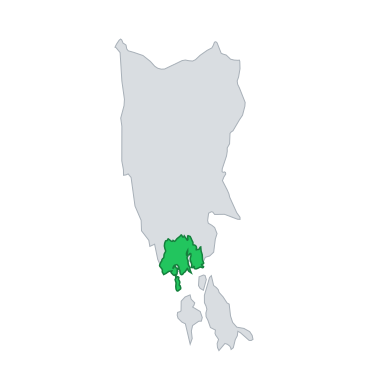 Lääne highlighted on a map of Estonia, rotated 262°
{"feature_id": "EST-1661", "entity_name": "Lääne", "entity_type": "County", "adm_level": 1, "iso_a3": "EST", "parent_name": "Estonia", "parent_adm1": "", "projection": "equal_earth", "projection_center": [23.689, 58.901], "detail": "fine", "context": "in_parent", "style": "filled", "palette": "green", "viewbox_px": 384, "rotation_deg": 262, "n_neighbors": 0, "source": "natural_earth", "source_scale": "10m", "svg_char_len": 5404}
<svg xmlns="http://www.w3.org/2000/svg" viewBox="0 0 384 384"><g transform="rotate(262 192 192)"><path d="M316.0,257.3L314.6,257.5L307.4,256.7L299.3,254.1L295.7,252.2L292.3,252.2L288.2,253.5L273.3,257.1L269.6,256.3L261.0,252.7L256.6,248.8L246.9,241.1L246.1,239.3L244.8,237.8L234.5,235.9L230.7,233.0L227.5,232.6L222.9,231.2L210.8,225.2L207.9,224.6L207.1,225.6L207.4,227.0L206.6,227.9L205.1,227.9L202.3,225.6L199.0,223.7L188.7,227.3L184.9,228.3L181.6,228.6L165.3,233.4L160.3,236.0L158.2,235.8L158.7,233.3L165.4,221.0L166.6,211.3L169.1,209.9L169.8,208.6L168.7,205.5L161.6,203.5L158.8,203.8L156.2,207.1L153.6,209.5L147.3,211.0L142.0,208.5L129.4,205.1L126.2,200.6L125.5,196.1L118.8,191.7L116.1,186.6L117.2,183.1L123.2,180.7L124.9,178.7L117.4,179.0L115.8,178.5L115.5,176.7L112.1,170.4L115.1,168.0L116.4,165.6L114.0,163.6L114.6,161.3L116.5,158.9L115.4,153.5L122.9,150.7L130.1,148.7L145.5,147.7L144.0,142.7L150.2,142.5L160.6,136.6L171.0,137.7L186.0,133.6L214.9,133.7L218.8,131.3L218.1,129.0L218.1,126.5L223.6,127.2L232.6,126.8L266.8,131.7L275.1,131.7L286.9,136.7L293.2,138.0L311.6,138.0L340.1,140.2L345.6,136.8L346.1,135.9L348.9,137.8L352.4,140.9L353.4,142.6L352.3,143.6L348.9,144.5L348.2,145.5L346.7,147.1L342.7,147.3L340.7,148.5L338.4,153.7L334.0,162.4L327.2,168.9L321.7,172.6L319.3,175.3L317.9,178.7L317.6,182.0L323.5,200.5L323.6,203.8L322.4,207.3L321.6,210.8L322.5,213.8L326.2,219.0L330.2,226.8L331.9,231.7L334.4,233.6L336.9,234.9L337.5,235.7L337.4,236.6L336.2,237.6L325.3,240.2L324.0,242.4L322.9,244.9L318.2,248.6L316.8,252.0L316.0,255.9L316.0,257.3ZM70.2,188.9L73.8,190.4L77.2,190.0L80.6,188.9L88.0,189.9L104.9,197.5L106.5,199.5L96.4,200.4L94.0,202.8L91.6,204.4L88.7,204.9L83.8,208.2L77.2,211.3L75.8,213.2L63.8,212.9L57.2,214.1L51.9,217.6L49.7,224.4L45.7,229.7L41.7,231.6L37.6,231.9L36.7,229.9L37.1,227.9L45.9,220.4L47.7,218.0L43.4,216.9L39.8,214.3L32.0,211.2L30.6,208.8L32.5,208.6L34.2,207.9L36.3,205.8L37.4,203.5L31.2,196.6L34.4,195.6L38.4,195.8L42.4,197.8L47.0,195.5L48.9,195.1L52.0,196.0L55.2,191.4L62.8,189.9L66.5,188.6L70.2,188.9ZM86.0,176.2L81.8,179.3L79.3,178.0L78.0,176.6L72.5,183.5L66.3,184.7L62.8,183.3L63.1,180.7L59.7,174.0L54.4,172.0L46.9,171.8L41.5,169.0L62.4,167.1L64.6,163.9L68.9,160.6L72.1,160.2L74.8,161.0L75.2,163.6L75.9,164.6L85.4,166.1L89.0,170.5L90.4,175.8L86.0,176.2ZM107.5,193.3L103.3,194.0L93.1,189.6L95.5,186.6L98.4,185.4L107.0,187.2L108.2,191.8L107.5,193.3Z" fill="#d9dde1" stroke="#a8b0b8" stroke-width="1"/><path d="M120.0,193.7L119.9,193.7L119.4,193.2L119.0,192.4L119.0,191.6L118.8,191.3L118.0,191.5L117.3,192.1L116.9,192.8L116.4,193.1L115.7,192.6L115.5,192.0L115.8,191.3L116.3,190.6L116.5,190.0L116.3,188.9L115.7,187.3L115.3,185.7L115.5,184.3L116.0,183.7L116.4,183.6L117.5,183.9L117.8,183.8L118.0,183.5L118.0,183.2L117.2,182.6L117.0,181.8L117.3,181.1L118.0,181.1L120.0,181.7L121.9,181.5L123.8,181.0L125.8,180.9L126.8,181.1L128.7,182.0L129.6,182.2L131.2,182.2L131.3,182.0L131.4,181.5L131.3,181.1L131.0,180.9L130.2,180.6L130.0,180.0L130.3,179.2L131.0,178.8L131.9,178.8L133.9,179.5L134.9,179.6L133.5,178.6L131.9,177.9L130.2,177.8L128.9,178.8L127.9,178.0L126.9,177.9L124.7,178.4L120.9,178.2L119.8,178.4L118.7,178.8L118.2,179.1L117.8,179.4L117.5,179.5L115.9,179.2L114.9,179.3L112.0,180.0L113.9,177.8L114.9,177.3L116.6,177.1L117.0,176.7L113.8,173.9L113.3,172.8L111.7,171.2L111.6,169.9L112.7,169.0L116.2,169.1L117.3,168.2L118.2,168.6L119.1,168.6L120.0,168.4L121.6,167.5L122.0,167.2L122.2,166.8L122.2,166.1L121.9,164.6L121.1,163.5L119.9,162.8L118.7,162.3L119.4,163.1L120.9,164.0L121.5,164.9L121.1,165.0L120.1,165.1L119.8,165.2L118.7,166.1L118.6,166.3L118.6,166.7L118.4,167.3L117.9,167.4L117.5,167.1L117.3,166.8L117.0,166.5L113.7,166.0L112.3,165.3L110.9,164.0L111.3,164.0L112.0,164.0L112.4,164.0L112.0,162.9L112.3,162.1L114.6,160.4L115.2,160.1L115.7,160.3L116.6,161.0L116.6,157.9L115.0,154.9L114.2,152.5L117.0,151.4L117.5,151.5L118.6,151.7L119.2,151.8L119.7,151.7L120.4,151.1L121.6,150.7L122.2,150.2L122.9,149.8L124.0,149.7L126.7,151.3L126.9,151.4L127.7,152.3L129.3,152.9L129.9,153.5L130.8,154.8L131.4,155.1L133.0,155.4L134.1,155.7L134.8,156.1L136.6,157.5L137.8,157.7L138.3,157.6L139.6,157.3L142.4,157.1L145.0,157.8L147.2,159.0L147.3,159.3L147.4,159.7L147.3,160.2L147.5,160.8L148.1,161.2L148.6,161.5L148.9,161.8L148.9,162.0L148.7,162.2L146.7,164.1L146.4,164.4L146.0,164.9L145.9,165.5L145.9,165.8L146.1,166.1L146.7,166.5L145.6,167.7L145.9,168.6L147.9,170.7L149.8,173.9L150.4,174.6L150.9,175.1L150.9,175.6L150.4,175.9L149.0,176.3L148.6,176.7L148.6,177.3L148.8,177.7L149.6,178.2L147.4,179.3L147.1,179.7L145.2,180.3L144.9,180.9L145.2,181.2L146.2,181.4L148.6,181.5L149.1,181.7L149.3,182.0L149.1,182.3L148.2,184.0L145.8,184.8L144.5,185.1L142.5,185.8L141.6,185.9L139.9,185.6L139.5,185.7L139.4,186.1L139.3,186.7L139.0,187.4L137.9,188.4L137.0,188.7L136.2,188.7L134.8,188.2L134.2,188.1L134.1,188.4L134.2,188.7L134.3,189.0L134.4,189.4L134.2,189.8L134.2,190.2L134.4,191.1L136.1,192.3L136.3,192.5L136.4,193.0L132.3,192.8L128.4,193.4L123.4,193.0L122.6,193.0L120.1,193.7L120.0,193.7ZM108.7,163.8L110.0,165.1L110.2,165.8L109.7,166.8L109.2,167.1L108.6,166.9L108.0,166.7L107.4,166.5L106.9,166.7L105.3,167.3L104.3,167.4L102.5,166.7L101.5,166.5L101.1,166.7L101.0,166.9L100.8,167.2L98.9,167.5L98.4,167.5L97.6,167.2L96.1,164.6L95.9,164.2L96.1,163.5L96.7,163.1L97.6,162.8L98.7,162.7L100.7,162.8L104.3,163.6L106.5,163.2L107.7,163.1L108.7,163.8Z" fill="#22c55e" stroke="#15803d" stroke-width="1.5"/></g></svg>